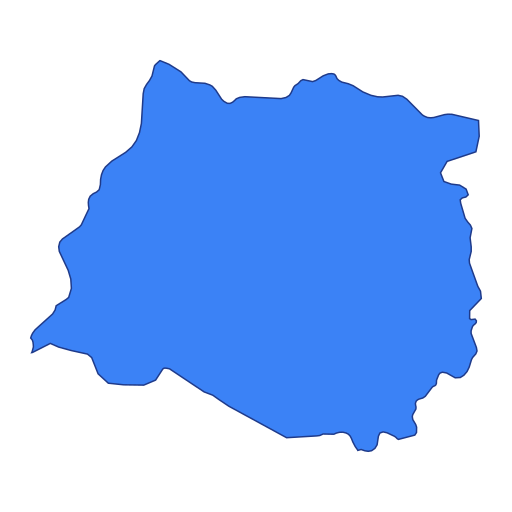 the border of Maule
{"feature_id": "CHL-2705", "entity_name": "Maule", "entity_type": "Region", "adm_level": 1, "iso_a3": "CHL", "parent_name": "Chile", "parent_adm1": "", "projection": "mercator", "projection_center": [-71.352, -35.623], "detail": "fine", "context": "isolated", "style": "filled", "palette": "blue", "viewbox_px": 512, "rotation_deg": 0, "n_neighbors": 0, "source": "natural_earth", "source_scale": "10m", "svg_char_len": 2872}
<svg xmlns="http://www.w3.org/2000/svg" viewBox="0 0 512 512"><path d="M478.5,120.5L479.2,136.2L475.9,151.8L447.1,161.4L440.5,172.8L443.9,181.5L451.2,184.1L459.6,185.1L466.1,189.1L468.2,194.8L465.9,197.0L462.3,197.9L460.2,199.8L460.7,203.3L465.1,218.3L467.7,222.0L470.4,225.1L471.9,228.5L470.1,237.8L471.2,246.9L471.2,251.4L469.2,259.6L469.5,263.2L477.8,286.3L480.5,291.2L481.3,298.5L469.7,310.6L469.6,318.6L471.1,319.6L475.1,319.1L476.4,320.8L476.2,322.6L475.0,324.0L473.5,325.2L472.5,326.5L471.1,330.8L471.1,333.4L476.4,347.5L477.0,351.0L475.8,353.9L472.6,357.5L471.5,359.6L469.2,367.1L467.8,370.0L467.0,371.6L463.9,375.2L460.3,377.5L455.2,377.8L446.7,373.0L442.4,372.2L440.0,373.1L438.7,374.7L436.9,379.2L436.5,380.4L436.4,383.4L435.8,384.9L435.0,385.6L432.9,386.6L432.1,387.3L425.3,396.3L422.8,398.0L419.3,399.0L417.6,399.8L416.2,401.1L415.4,403.3L415.6,405.2L416.0,407.0L415.9,409.0L412.7,414.7L412.3,416.7L412.8,419.6L415.7,424.5L416.6,427.2L416.5,432.5L414.8,435.1L398.4,439.4L397.1,438.6L396.0,437.4L394.5,436.3L387.1,432.8L383.1,431.9L379.9,433.0L378.4,436.2L377.1,444.8L374.9,448.4L371.6,450.7L368.3,451.3L364.9,450.8L361.1,449.5L357.8,450.4L357.6,449.9L355.2,446.5L352.8,441.9L351.5,438.6L350.2,436.1L348.4,434.2L346.1,433.0L342.9,432.2L339.4,432.3L336.3,433.1L333.9,434.2L323.1,434.0L319.8,435.5L316.8,435.9L286.6,437.7L228.8,406.2L218.7,399.4L212.8,395.2L204.1,391.9L169.5,368.8L166.4,368.2L165.0,368.1L164.0,368.2L162.8,369.0L155.6,380.1L143.8,385.1L123.6,384.8L108.3,383.2L98.1,373.8L91.7,357.6L87.5,354.1L71.1,350.5L58.7,347.1L50.3,343.4L32.4,352.5L31.7,352.6L32.1,351.8L33.4,347.0L33.3,344.9L33.0,342.2L32.3,340.0L30.7,338.0L31.5,335.5L32.7,333.1L35.2,329.7L52.6,314.0L55.1,310.0L56.2,305.7L66.3,299.4L68.7,297.4L71.4,288.4L70.8,279.1L68.2,270.3L59.3,251.4L58.7,246.7L59.8,242.1L62.4,239.0L79.6,226.8L81.3,224.9L85.8,215.3L89.0,208.6L88.5,205.5L88.3,202.4L88.7,199.3L90.2,196.2L93.2,193.7L96.5,192.1L99.2,189.7L100.4,184.6L100.6,179.4L101.5,174.7L103.1,170.5L105.5,166.9L111.8,161.1L125.7,152.3L131.9,146.9L136.4,140.5L139.5,132.6L141.4,123.5L143.2,93.7L144.2,88.6L146.6,84.4L149.5,80.5L152.0,76.0L154.5,65.9L155.5,64.6L159.8,60.7L160.2,60.7L169.0,64.3L181.0,71.9L189.4,80.7L191.7,82.0L195.1,82.7L205.0,83.3L209.8,84.9L212.3,86.3L215.8,90.2L221.6,99.2L223.8,101.3L227.3,103.3L230.1,103.4L232.6,102.2L234.6,100.5L236.3,98.8L239.7,97.4L244.9,96.7L281.1,98.6L286.0,97.5L289.4,95.4L291.1,92.8L293.7,87.2L295.0,85.6L296.9,84.4L298.2,83.5L300.8,80.7L303.0,79.6L312.6,81.6L315.8,80.5L323.2,75.8L328.2,73.9L331.5,73.6L333.9,74.0L334.9,74.7L335.8,75.9L337.0,78.6L338.8,80.4L341.8,82.1L348.2,83.7L353.1,85.7L362.8,91.9L370.9,95.3L377.6,96.8L382.6,97.0L398.1,95.3L402.5,96.3L406.8,99.2L421.8,114.4L422.6,115.1L424.4,116.2L427.5,117.5L430.7,117.8L433.8,117.5L444.6,114.6L447.9,114.2L451.9,114.3L478.5,120.5Z" fill="#3b82f6" stroke="#1e3a8a" stroke-width="1.5"/></svg>